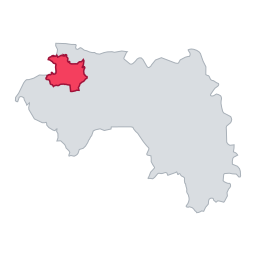 Gaoual on a map of Guinea (Mercator projection)
{"feature_id": "GIN-5639", "entity_name": "Gaoual", "entity_type": "Prefecture", "adm_level": 1, "iso_a3": "GIN", "parent_name": "Guinea", "parent_adm1": "", "projection": "mercator", "projection_center": [-13.344, 11.72], "detail": "fine", "context": "in_parent", "style": "filled", "palette": "rose", "viewbox_px": 256, "rotation_deg": 0, "n_neighbors": 0, "source": "natural_earth", "source_scale": "10m", "svg_char_len": 5945}
<svg xmlns="http://www.w3.org/2000/svg" viewBox="0 0 256 256"><path d="M161.1,173.6L158.8,173.2L157.7,173.7L154.6,177.4L152.7,178.8L149.8,178.3L148.8,178.6L148.0,178.2L149.1,176.2L150.6,172.2L154.4,168.1L154.5,167.3L152.9,164.9L151.2,161.7L151.2,158.3L150.9,155.8L147.5,155.1L146.9,154.7L146.8,153.8L148.7,149.6L148.9,148.7L148.7,147.9L146.6,145.7L143.3,141.6L137.7,133.3L135.7,131.5L133.7,129.0L132.9,127.3L130.8,126.8L111.3,126.9L111.0,129.0L104.3,130.5L100.1,128.8L95.5,129.8L93.3,130.9L91.6,135.8L90.6,136.8L89.6,139.0L88.7,140.2L87.7,142.6L85.5,146.1L83.2,148.3L79.3,149.5L78.1,153.1L77.2,154.4L75.7,155.5L74.1,156.2L70.9,155.5L69.1,156.1L68.8,155.2L69.8,152.4L69.0,150.9L66.0,147.9L65.7,146.5L64.7,144.6L60.7,140.8L56.9,141.0L58.0,137.8L57.9,133.6L56.6,131.3L57.0,128.9L56.3,129.0L55.0,130.7L53.0,130.1L48.9,127.6L46.8,125.2L46.6,123.1L46.1,122.3L44.9,122.7L42.3,122.7L34.4,118.9L28.9,109.6L28.7,107.4L29.5,103.8L29.4,102.8L26.8,105.2L26.3,103.6L24.3,99.9L23.8,97.7L21.9,96.7L20.4,96.6L19.2,97.3L17.7,101.7L16.5,101.6L15.4,100.7L15.6,97.4L18.6,93.3L23.7,82.9L25.5,80.5L26.6,79.7L29.0,79.6L33.7,78.2L39.4,75.0L43.8,75.2L48.9,74.8L55.7,72.6L55.7,65.6L55.5,64.1L53.1,62.7L51.7,61.4L50.5,59.9L49.1,58.8L49.1,57.6L52.1,56.1L54.8,56.2L55.7,55.6L56.4,54.6L57.2,52.1L57.5,49.4L55.7,45.8L55.8,43.3L65.7,43.6L71.1,44.4L75.5,44.5L76.2,45.1L75.6,47.6L76.2,49.0L77.7,49.4L80.2,47.7L81.5,48.1L84.3,50.2L86.8,50.8L89.7,52.0L92.3,52.6L94.6,52.5L96.4,53.7L99.7,54.1L104.0,52.6L107.3,51.9L112.0,51.7L114.5,52.3L121.7,51.0L127.3,51.7L126.4,52.6L123.8,58.2L124.1,59.1L129.9,63.9L131.2,64.2L132.8,63.6L135.2,61.4L137.2,59.0L139.1,57.9L141.2,57.9L143.0,59.6L147.0,66.6L148.1,67.5L149.1,67.5L150.8,66.2L151.7,64.7L155.5,60.0L161.4,57.7L175.2,63.0L177.3,63.4L178.5,63.0L180.2,59.9L185.4,57.2L187.9,56.5L189.4,56.4L189.9,55.5L190.2,54.2L189.9,52.9L188.3,50.5L188.2,49.8L189.2,49.4L191.2,49.0L193.7,49.3L196.6,50.3L199.0,51.8L200.4,53.5L203.0,61.0L205.9,66.8L205.8,74.6L207.1,75.3L208.5,75.7L209.1,76.3L210.6,79.5L211.9,80.4L213.5,80.7L216.5,82.7L218.4,83.5L218.7,84.1L218.6,85.0L217.9,86.1L215.0,88.2L213.6,90.0L210.6,94.4L210.5,95.3L211.1,95.9L212.4,96.0L213.7,95.7L216.4,94.0L218.5,94.6L220.6,95.8L221.3,97.1L221.5,98.8L221.1,100.9L221.0,103.4L221.7,107.5L222.7,111.5L223.8,113.0L230.7,116.6L231.3,118.0L231.7,119.5L231.2,121.6L230.5,122.8L226.7,126.0L226.2,127.5L226.4,130.3L226.7,142.3L228.2,144.3L229.9,145.3L234.1,144.8L234.0,148.1L233.4,151.8L235.8,152.9L237.0,154.1L237.7,155.1L233.9,157.1L232.8,158.3L232.3,161.4L232.4,164.2L237.5,166.3L239.5,168.7L240.3,171.2L240.6,175.9L240.2,176.9L238.9,177.0L236.3,174.1L232.3,173.8L229.4,173.2L224.5,173.6L223.7,174.5L223.1,180.7L224.3,181.8L226.6,182.9L228.1,183.4L229.4,183.3L230.4,184.1L230.6,186.1L229.9,187.6L228.6,189.0L227.0,192.6L227.4,195.9L224.6,201.2L223.8,202.2L220.1,201.2L217.8,200.8L216.0,202.2L213.6,200.1L213.2,198.5L212.3,198.2L210.7,198.2L209.2,199.1L208.6,200.7L208.3,204.1L205.6,207.3L203.7,211.3L201.5,210.9L201.0,211.4L198.7,212.4L196.7,212.7L196.2,211.7L195.0,210.8L193.8,209.1L192.3,207.7L189.5,206.8L188.4,207.2L187.0,207.1L186.2,206.6L186.3,205.7L187.8,203.7L188.6,201.8L189.1,199.7L189.0,197.7L188.3,194.9L187.0,192.7L186.7,191.4L186.8,189.5L186.5,187.8L186.1,186.9L185.5,183.7L184.8,183.1L184.4,180.5L184.5,177.9L183.4,176.9L181.7,176.1L180.7,175.1L180.0,173.9L179.4,173.6L178.9,173.7L178.4,174.4L177.8,174.5L176.8,172.0L176.4,171.9L175.7,172.5L167.8,175.3L166.8,172.9L165.3,172.5L162.6,173.4L161.1,173.6Z" fill="#d9dde1" stroke="#a8b0b8" stroke-width="1"/><path d="M53.3,56.4L55.4,56.3L56.3,56.0L56.8,55.2L57.6,56.8L57.7,57.1L58.0,57.0L59.9,56.1L60.4,55.7L60.6,55.6L60.9,55.5L61.6,55.6L61.8,55.3L62.3,55.6L63.5,55.9L63.2,55.0L63.2,54.7L63.6,54.9L63.8,55.2L64.1,55.6L64.5,55.7L65.2,54.7L65.5,54.7L65.9,54.6L66.5,54.9L66.7,55.4L66.5,55.7L66.3,55.7L66.1,55.9L66.2,56.4L66.5,56.8L66.8,57.0L67.2,57.3L67.5,57.6L67.7,58.1L67.9,58.6L67.9,59.0L67.6,60.1L67.5,60.6L67.6,61.1L67.8,61.5L68.1,61.8L68.3,62.1L68.7,62.3L69.0,62.3L69.0,62.1L68.9,61.7L68.8,61.4L69.2,61.4L69.6,61.6L69.7,62.0L69.7,62.4L69.6,62.8L69.7,63.0L70.0,63.4L70.6,63.6L71.6,63.9L77.5,63.8L77.9,63.0L78.6,62.5L79.3,61.8L81.3,61.7L82.1,61.1L82.8,60.2L83.3,59.5L83.7,60.3L83.9,60.8L83.9,61.0L83.4,64.6L83.3,65.1L82.3,67.0L82.2,67.2L82.4,67.4L82.6,67.5L82.8,67.5L83.0,67.6L83.3,67.3L83.6,66.9L83.7,66.7L83.9,66.6L84.1,66.6L84.3,66.7L84.4,66.8L84.6,67.2L84.7,67.5L84.8,67.7L84.8,67.9L84.7,68.1L84.0,69.5L83.7,71.0L83.7,71.7L83.9,73.0L83.9,73.6L84.0,73.8L84.0,74.0L84.2,74.3L84.5,74.4L84.6,74.5L84.8,74.8L84.9,75.1L85.0,75.2L85.0,75.4L85.2,75.5L85.3,75.6L85.4,75.8L85.5,75.9L85.6,76.0L85.8,76.1L86.8,76.6L87.0,76.6L87.1,76.8L87.1,77.0L87.0,77.4L87.0,77.6L87.1,77.9L87.0,78.1L86.7,78.4L86.5,78.5L85.8,78.8L85.5,79.0L85.4,79.2L84.1,80.9L83.5,81.4L81.7,82.3L80.9,83.1L80.5,83.4L80.3,83.5L80.2,83.5L80.0,83.8L79.9,84.1L79.4,85.7L79.1,86.3L78.5,87.3L78.4,87.6L79.0,90.3L76.8,90.2L76.5,90.3L75.4,90.8L72.7,91.4L71.1,91.5L70.9,91.5L70.6,91.3L70.6,91.1L70.0,85.2L69.5,85.1L69.4,85.0L69.1,85.0L67.2,84.7L66.0,84.3L64.6,84.4L64.4,84.2L64.2,84.2L63.9,84.1L61.2,84.2L60.8,84.3L60.3,84.4L59.6,84.8L59.2,85.1L59.0,85.3L58.8,85.4L58.5,85.5L58.0,85.6L57.7,85.6L57.1,85.5L56.8,85.4L56.7,85.3L56.4,85.3L55.3,85.5L53.9,86.0L53.4,86.5L52.4,84.8L51.1,84.5L50.3,83.8L50.0,82.2L49.5,80.4L48.4,79.6L46.9,79.6L46.0,78.9L46.0,78.0L46.8,77.0L47.0,75.7L47.6,75.5L48.9,74.7L49.2,74.5L49.8,74.8L50.4,74.8L51.0,74.5L51.4,73.9L51.4,73.6L51.5,72.9L51.4,72.5L51.5,72.4L51.9,72.4L52.2,72.6L52.3,73.2L52.6,73.4L53.0,73.5L52.9,73.9L53.1,74.1L53.7,74.2L54.5,74.1L55.3,73.8L55.7,73.4L55.9,73.0L56.1,71.7L56.1,71.1L55.6,67.4L55.7,66.1L56.0,64.9L55.9,64.3L55.6,63.8L55.3,63.6L54.2,63.4L53.7,63.2L53.4,63.0L52.7,62.2L52.5,61.9L52.5,61.7L52.3,61.5L51.5,61.2L51.2,61.0L50.6,60.4L50.0,60.1L49.4,59.9L48.6,59.7L48.3,59.6L48.5,59.3L48.5,58.6L48.5,58.3L49.2,57.5L51.1,56.7L51.8,56.0L52.4,55.7L53.2,55.5L53.7,55.6L53.3,56.4Z" fill="#f43f5e" stroke="#9f1239" stroke-width="1.5"/></svg>